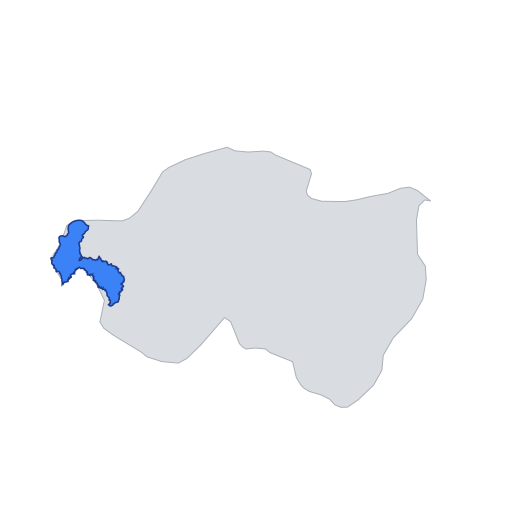 Rusizi, Western, Rwanda (highlighted), rotated 36°
{"feature_id": "39286606B89224673348511", "entity_name": "Rusizi", "entity_type": "district", "adm_level": 2, "iso_a3": "RWA", "parent_name": "Rwanda", "parent_adm1": "Western", "projection": "orthographic", "projection_center": [29.077, -2.558], "detail": "fine", "context": "in_parent", "style": "filled", "palette": "blue", "viewbox_px": 512, "rotation_deg": 36, "n_neighbors": 0, "source": "geoboundaries", "source_scale": "gbopen_adm2", "svg_char_len": 7045}
<svg xmlns="http://www.w3.org/2000/svg" viewBox="0 0 512 512"><g transform="rotate(36 256 256)"><path d="M206.9,163.1L212.4,162.9L249.0,154.2L252.6,156.9L258.5,173.9L261.6,176.4L266.7,177.0L277.0,173.1L295.8,159.8L304.0,151.8L313.7,140.5L326.0,127.7L332.9,116.6L339.7,110.0L348.5,108.1L358.3,108.6L365.0,108.8L359.5,111.5L358.3,119.6L364.7,132.7L385.7,159.7L399.0,164.7L407.7,175.2L416.3,192.9L418.8,215.1L415.2,241.7L417.3,261.5L425.0,274.5L427.0,291.3L423.3,312.0L418.9,324.4L413.6,328.5L407.6,330.0L399.6,328.6L389.7,330.3L379.0,334.2L372.3,334.8L368.1,334.0L360.2,330.7L347.7,320.0L324.4,325.9L318.1,325.7L309.6,330.8L302.6,337.1L298.4,337.5L294.1,336.6L274.0,324.0L266.7,324.4L263.7,359.9L260.3,379.5L256.1,388.3L241.8,396.8L227.3,401.6L219.4,401.2L187.6,403.9L175.2,403.9L168.4,401.0L159.4,380.9L142.6,372.0L126.4,367.8L119.8,369.0L114.0,379.5L111.5,388.9L95.9,382.4L91.2,374.5L90.7,361.0L85.0,342.5L88.2,334.7L94.3,329.6L107.3,319.8L127.1,306.3L131.4,299.9L134.2,289.2L132.9,264.2L131.0,243.1L133.4,235.6L142.4,219.3L154.6,202.7L168.7,185.0L177.2,183.3L188.4,176.6L200.3,166.8L206.9,163.1Z" fill="#d9dde1" stroke="#a8b0b8" stroke-width="1"/><path d="M167.6,364.4L167.4,363.9L167.4,363.6L167.9,362.7L167.5,362.3L167.9,361.7L167.5,361.3L166.2,361.5L166.0,361.3L166.0,361.1L166.4,360.7L166.2,359.8L166.7,358.9L166.6,358.4L165.8,358.0L165.4,358.2L164.8,358.2L164.3,357.8L163.5,358.1L163.2,358.0L163.2,357.5L163.8,356.5L163.7,356.2L164.0,356.0L163.8,354.8L164.0,354.6L163.6,354.5L163.9,353.9L163.7,352.9L163.2,352.3L162.9,352.2L162.5,351.7L161.8,351.3L161.4,351.0L161.1,350.4L160.1,350.4L159.9,350.7L158.6,350.5L158.0,349.8L157.0,349.9L156.5,349.8L156.2,349.3L156.0,349.9L155.3,350.2L154.9,349.8L154.6,349.8L154.3,349.5L154.0,349.6L153.5,349.3L152.2,348.0L152.3,347.7L151.9,347.9L151.8,347.4L151.3,347.7L151.1,347.4L150.6,347.9L150.7,347.4L150.3,347.2L150.1,347.3L149.9,346.9L149.6,347.1L149.3,347.0L149.2,347.3L148.0,347.2L147.1,347.5L146.2,347.9L145.5,348.5L145.2,348.3L144.9,348.4L144.0,347.8L143.9,347.5L143.6,347.4L143.1,348.0L142.7,349.5L141.6,350.0L141.4,349.7L140.7,349.7L139.9,348.8L139.4,348.6L139.2,348.9L138.7,348.3L138.4,348.3L138.4,348.6L138.2,348.7L137.3,348.6L136.9,349.3L136.3,349.6L136.0,350.1L135.0,349.9L134.8,350.2L134.8,350.8L133.5,350.2L133.1,350.4L132.5,350.2L132.2,349.7L131.6,349.2L130.7,349.5L130.1,349.1L129.5,348.5L129.3,347.9L129.2,348.6L129.6,349.6L129.6,350.4L130.1,350.9L130.1,351.5L129.8,351.8L129.9,352.5L129.0,352.5L128.6,353.8L128.2,354.1L127.0,354.1L126.2,355.0L125.2,354.8L124.9,354.9L124.6,354.6L124.0,354.6L123.2,354.8L122.8,354.7L122.5,354.9L122.7,355.1L122.2,355.4L122.1,355.9L121.7,356.3L121.6,357.1L121.2,357.0L120.8,357.3L120.5,357.3L120.2,357.6L119.9,357.5L119.4,358.0L119.0,358.1L118.2,357.9L117.8,358.6L117.3,358.6L117.0,359.0L116.7,359.0L116.9,360.1L116.5,360.8L116.5,361.2L116.8,361.6L116.7,362.1L116.5,362.3L116.4,362.5L115.9,362.6L115.9,363.0L115.7,362.9L115.7,363.1L115.5,363.3L115.4,362.9L115.0,362.5L114.8,361.6L115.1,361.1L114.9,360.6L115.2,359.4L115.2,358.9L114.9,358.8L115.0,358.6L114.4,358.5L113.6,357.8L112.1,357.6L111.9,357.3L112.0,356.9L110.6,356.1L110.3,355.3L109.9,355.0L109.4,354.4L109.2,353.9L109.3,353.6L108.7,352.8L107.4,351.9L107.1,351.2L106.6,351.1L106.0,350.2L105.3,350.0L105.1,349.6L105.1,347.8L105.8,347.4L106.0,346.8L105.8,346.1L105.0,344.7L105.5,342.7L105.1,341.9L103.7,341.9L103.2,341.1L103.4,340.5L103.4,339.9L104.0,338.6L103.6,336.5L104.5,333.8L104.5,333.3L104.3,332.7L102.8,330.0L101.7,330.5L100.6,330.6L98.5,330.3L98.1,330.0L97.3,329.8L94.4,329.7L93.4,330.1L91.6,331.2L89.4,333.4L88.1,335.4L87.9,336.1L87.6,336.3L87.0,337.9L86.5,340.5L86.8,342.4L87.8,344.2L90.8,347.3L90.7,349.0L91.0,350.0L90.3,352.5L88.8,353.0L87.8,353.2L86.4,354.4L85.7,355.6L85.7,356.7L86.0,357.3L87.0,358.1L87.2,358.6L87.7,358.9L88.4,360.2L90.5,361.3L91.0,361.8L91.4,363.1L91.4,364.3L92.1,365.9L92.0,367.0L91.8,367.5L91.8,368.5L92.2,368.9L92.6,369.9L92.4,370.9L92.2,371.2L92.4,371.5L92.2,372.3L92.3,372.5L92.6,372.6L92.9,373.1L92.8,374.9L93.1,375.5L93.2,376.2L93.0,376.7L92.8,377.0L91.5,377.5L91.4,377.9L91.7,378.8L92.1,379.0L92.8,379.1L93.1,379.5L93.4,379.4L93.9,379.5L93.9,380.2L95.2,382.1L96.1,382.4L97.5,382.3L97.9,382.6L98.1,382.3L98.5,382.4L99.0,383.1L99.0,383.7L99.6,384.3L99.8,384.0L100.2,383.9L100.5,384.1L102.3,384.4L103.5,386.1L103.8,386.1L104.3,385.2L104.8,384.7L105.8,384.5L106.3,384.5L107.2,385.4L107.7,385.2L108.4,385.4L108.6,386.0L109.3,386.3L109.8,386.3L111.8,388.4L112.7,388.9L113.2,389.8L114.6,391.2L115.0,391.3L115.1,391.9L116.0,393.1L116.0,392.2L116.1,391.5L116.4,391.6L116.1,390.5L116.3,390.5L116.4,390.2L116.2,390.1L116.4,389.9L116.3,389.7L116.5,389.6L116.6,389.8L116.8,389.7L117.1,389.0L117.5,388.8L117.9,388.1L118.8,387.2L118.5,387.0L118.4,386.7L118.5,386.5L117.8,386.2L117.6,385.8L117.6,385.6L118.0,385.3L117.7,384.5L117.9,384.3L118.4,384.3L118.4,383.7L117.2,383.4L117.4,383.0L117.8,383.0L118.7,382.7L119.0,381.8L118.7,381.4L118.4,381.5L118.0,381.4L117.6,380.8L117.2,380.5L117.5,380.3L117.3,379.6L117.8,378.9L118.0,378.2L118.4,378.1L118.4,377.5L118.6,377.7L119.0,377.5L119.6,377.0L119.2,376.8L119.2,376.3L118.3,375.3L118.5,374.9L118.2,373.7L118.4,373.6L118.2,373.4L118.3,373.1L118.0,373.2L118.0,372.5L118.3,372.1L118.2,371.8L119.0,371.6L119.2,370.8L119.0,370.3L119.4,369.9L119.7,368.9L121.5,369.2L122.0,368.5L122.9,368.0L123.0,367.7L124.1,367.2L124.6,367.4L124.9,367.2L125.3,368.0L125.9,367.8L126.5,368.0L127.4,367.7L127.7,368.0L128.0,368.0L128.3,368.2L128.8,368.1L128.7,368.4L129.0,368.3L129.1,368.7L129.4,368.7L129.6,369.1L130.2,369.2L130.1,369.8L130.5,369.9L130.8,370.3L132.1,369.3L132.6,369.5L132.9,369.3L133.1,369.3L132.7,368.3L133.1,367.9L133.6,368.0L133.7,367.7L134.3,367.7L134.5,367.1L134.7,367.8L135.0,367.8L135.1,367.7L135.7,368.0L136.1,367.8L136.7,367.8L136.6,368.7L137.7,369.1L137.7,369.6L138.2,369.8L138.6,370.3L138.5,371.2L139.0,371.3L139.1,371.0L140.0,371.0L140.2,370.5L140.8,370.3L141.1,370.7L140.5,371.0L141.0,371.2L141.6,371.6L142.3,371.4L142.5,371.6L143.2,371.5L143.6,371.2L144.4,372.3L144.6,372.4L145.2,372.2L145.6,372.9L146.2,373.0L146.2,373.8L146.5,374.0L147.0,373.8L147.0,373.4L147.4,373.2L147.5,372.9L147.9,373.1L148.1,373.5L148.6,373.4L149.1,373.3L149.1,372.7L149.6,373.2L149.9,373.0L149.9,372.7L150.5,372.4L150.9,372.8L151.0,372.3L151.2,372.9L151.7,373.1L152.3,372.4L153.2,372.1L153.6,371.7L154.1,371.7L154.0,372.0L154.4,372.3L154.4,372.7L154.7,372.6L155.3,372.6L156.8,373.1L157.3,373.9L157.7,374.0L158.2,374.9L158.8,375.5L160.2,375.9L161.5,376.0L162.4,376.5L162.5,377.3L163.3,378.1L163.6,378.0L163.7,377.7L164.4,377.6L165.5,379.3L165.3,379.8L165.9,380.3L165.7,380.8L165.9,381.1L165.3,381.5L165.3,382.1L165.0,382.3L164.8,382.5L165.9,382.0L166.6,382.2L167.6,382.1L168.2,381.5L168.6,380.4L169.1,379.7L168.7,378.7L169.4,377.7L169.6,376.2L171.0,374.9L171.4,373.9L171.0,373.0L170.7,372.6L170.8,372.0L170.4,371.6L170.6,371.1L169.5,369.9L168.9,367.8L168.5,367.7L167.6,368.0L167.1,367.4L167.1,366.9L167.6,366.5L167.6,366.0L167.4,365.8L166.9,365.8L166.7,365.4L167.2,364.6L167.6,364.4Z" fill="#3b82f6" stroke="#1e3a8a" stroke-width="1.5"/></g></svg>